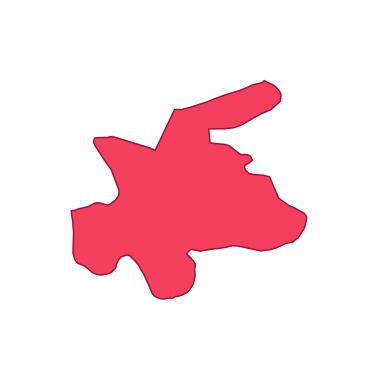 outline of Fuwwa, Kafr ash Shaykh, Egypt, rotated 318°
{"feature_id": "37247803B18830247212538", "entity_name": "Fuwwa", "entity_type": "district", "adm_level": 2, "iso_a3": "EGY", "parent_name": "Egypt", "parent_adm1": "Kafr ash Shaykh", "projection": "albers", "projection_center": [30.568, 31.231], "detail": "fine", "context": "isolated", "style": "filled", "palette": "rose", "viewbox_px": 384, "rotation_deg": 318, "n_neighbors": 0, "source": "geoboundaries", "source_scale": "gbopen_adm2", "svg_char_len": 2642}
<svg xmlns="http://www.w3.org/2000/svg" viewBox="0 0 384 384"><g transform="rotate(318 192 192)"><path d="M320.3,157.6L317.4,157.6L308.4,152.9L302.8,151.2L295.0,148.3L288.8,145.4L282.7,142.5L272.6,138.4L263.0,134.9L255.2,131.4L247.4,127.9L239.5,123.9L234.3,119.0L215.1,127.0L192.3,136.5L190.7,132.0L180.1,114.3L170.1,97.7L167.8,96.0L165.6,94.8L164.4,93.8L161.1,90.9L158.3,88.5L155.5,86.8L152.2,89.0L151.0,92.4L147.5,115.1L146.9,121.4L138.8,142.2L135.0,145.7L129.4,146.8L123.4,146.3L122.1,146.1L120.4,145.0L118.7,142.4L117.1,139.8L114.9,137.0L112.1,135.2L105.3,133.5L102.0,131.7L97.0,128.9L92.5,127.1L90.1,125.3L90.0,125.2L89.9,125.1L89.4,125.6L88.7,126.4L87.5,128.1L85.8,130.7L83.8,134.0L80.8,137.7L77.2,142.5L72.8,147.1L69.9,150.2L68.3,151.9L65.0,155.3L62.8,157.6L61.4,160.4L60.2,162.6L59.4,165.0L59.4,167.0L59.7,169.1L60.7,171.1L60.8,171.3L62.0,173.7L62.4,174.6L62.9,176.2L63.7,182.5L64.1,185.3L64.7,186.5L65.2,187.7L66.0,189.4L68.5,192.5L70.4,193.9L74.9,196.6L78.1,197.7L79.0,197.7L81.2,197.7L84.8,197.1L87.9,194.9L92.0,193.3L94.2,192.9L96.4,193.0L98.3,193.8L101.0,195.0L102.4,196.4L102.5,196.6L102.6,196.8L103.1,197.8L103.2,200.1L103.6,204.7L103.4,209.3L103.1,211.8L102.1,215.0L101.2,220.9L99.0,227.3L99.0,227.5L96.4,235.8L94.6,240.5L94.4,244.0L95.8,247.7L97.6,250.7L99.7,253.0L102.9,254.6L106.8,258.1L107.1,258.1L109.7,258.6L112.6,260.5L116.6,262.3L121.0,263.2L124.3,263.2L128.9,262.0L131.3,261.3L135.2,258.7L135.5,258.3L136.8,257.4L138.2,256.4L142.4,251.0L144.8,249.4L146.4,247.2L146.8,243.6L147.0,240.4L146.9,237.9L146.8,237.3L146.5,234.5L147.6,234.1L149.1,234.0L149.2,233.9L149.3,233.9L149.8,233.9L150.4,233.8L152.7,234.0L153.8,235.1L154.5,236.1L156.1,238.1L158.7,241.6L159.8,242.2L161.5,243.2L167.3,247.0L170.6,249.2L173.9,251.7L181.7,256.7L181.9,256.7L182.0,256.8L182.6,257.1L185.4,258.7L186.3,259.2L188.5,261.4L189.5,262.3L192.8,266.7L194.2,268.6L195.8,270.9L196.1,271.3L198.8,275.0L203.7,281.8L205.4,283.1L206.1,283.4L208.7,285.2L211.2,286.9L217.4,290.0L218.2,290.2L227.4,293.1L232.9,296.2L233.2,296.6L234.7,296.6L237.5,296.7L239.8,297.2L249.9,294.5L253.3,292.8L259.5,288.3L260.7,286.8L261.2,283.2L257.3,271.8L255.1,267.3L252.3,254.7L257.2,240.1L259.8,232.6L258.8,231.2L256.4,227.5L250.8,221.7L246.9,216.6L246.4,212.0L247.5,208.6L249.8,207.5L254.3,208.7L258.2,208.7L259.3,204.8L258.2,201.4L256.0,199.1L253.2,196.8L250.5,182.0L247.7,178.0L238.2,167.6L241.1,163.8L246.7,156.3L258.4,166.7L265.7,171.9L269.0,173.6L274.1,175.4L288.1,178.3L295.9,180.1L300.0,181.6L305.5,183.6L318.4,183.7L323.5,179.0L324.6,175.2L324.6,170.1L324.1,167.3L321.8,161.6L320.7,158.7L320.3,157.6Z" fill="#f43f5e" stroke="#9f1239" stroke-width="1.5"/></g></svg>